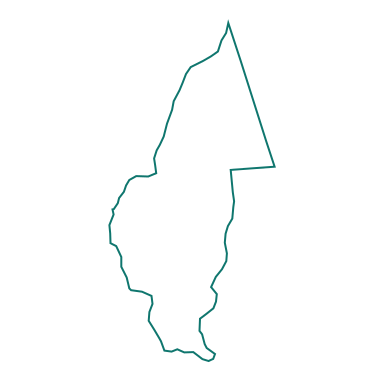 the district of Mathikoloni, Limassol, Cyprus
{"feature_id": "46923920B8484805668127", "entity_name": "Mathikoloni", "entity_type": "district", "adm_level": 2, "iso_a3": "CYP", "parent_name": "Cyprus", "parent_adm1": "Limassol", "projection": "albers", "projection_center": [33.058, 34.784], "detail": "fine", "context": "isolated", "style": "outline", "palette": "teal", "viewbox_px": 384, "rotation_deg": 0, "n_neighbors": 0, "source": "geoboundaries", "source_scale": "gbopen_adm2", "svg_char_len": 1099}
<svg xmlns="http://www.w3.org/2000/svg" viewBox="0 0 384 384"><path d="M228.3,23.0L226.1,33.0L221.5,40.4L217.9,51.5L210.9,56.4L203.3,60.8L190.7,67.1L186.0,74.0L182.5,83.1L179.5,90.3L173.7,101.2L172.1,109.8L167.0,123.7L163.7,136.6L159.8,144.9L156.7,150.3L154.1,158.4L155.2,165.6L156.2,173.2L148.2,176.5L136.2,176.1L129.3,180.0L126.1,185.4L123.9,191.8L119.1,198.0L117.8,203.2L113.8,209.1L112.5,209.4L113.6,214.5L109.4,225.1L110.2,233.4L110.5,243.2L116.2,246.1L121.3,257.0L121.3,266.8L126.7,277.5L129.3,288.4L131.1,290.2L142.0,291.7L151.5,295.9L152.5,303.9L149.4,312.0L148.7,320.8L154.3,329.8L159.1,337.9L161.0,341.3L164.4,350.6L171.6,351.6L177.3,349.3L182.7,351.7L184.3,352.4L193.3,352.1L202.4,359.1L208.5,361.0L213.2,358.9L215.0,354.0L206.7,348.0L204.7,344.1L202.1,334.3L199.5,330.9L200.0,318.7L206.5,313.8L213.4,308.3L216.0,301.6L216.8,294.1L211.1,287.1L215.8,276.9L222.0,269.2L226.3,261.1L226.9,253.4L224.8,242.7L225.6,233.7L227.9,226.1L232.3,218.6L233.3,207.2L234.1,201.3L232.8,192.2L230.7,169.9L274.6,166.7L266.2,141.2L240.8,61.2L228.3,23.0Z" fill="none" stroke="#0f766e" stroke-width="2"/></svg>